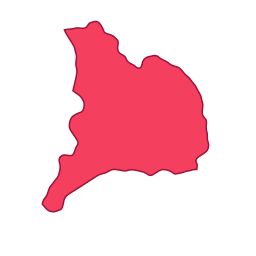 the district of Peralta, Azua, Dominican Republic, rotated 12°
{"feature_id": "3306468B32455006078349", "entity_name": "Peralta", "entity_type": "district", "adm_level": 2, "iso_a3": "DOM", "parent_name": "Dominican Republic", "parent_adm1": "Azua", "projection": "albers", "projection_center": [-70.778, 18.591], "detail": "fine", "context": "isolated", "style": "filled", "palette": "rose", "viewbox_px": 256, "rotation_deg": 12, "n_neighbors": 0, "source": "geoboundaries", "source_scale": "gbopen_adm2", "svg_char_len": 3193}
<svg xmlns="http://www.w3.org/2000/svg" viewBox="0 0 256 256"><g transform="rotate(12 128 128)"><path d="M203.9,154.3L203.6,151.2L203.3,149.7L202.8,148.5L201.8,147.2L201.3,146.1L201.3,144.8L201.4,144.1L202.1,142.7L203.1,141.4L208.1,136.4L209.7,134.3L210.3,132.7L210.6,131.1L210.6,129.5L210.4,127.9L209.9,126.4L208.2,123.1L207.7,121.6L207.0,118.4L206.6,116.9L204.7,112.7L204.3,111.2L203.7,106.5L203.3,105.1L202.7,103.8L202.2,103.3L200.1,101.7L199.1,100.7L198.2,99.6L197.6,98.2L197.1,95.8L196.6,90.9L196.0,88.6L194.3,85.3L193.3,83.1L192.6,81.6L191.0,79.6L187.6,75.7L184.9,72.5L182.8,70.9L177.5,66.4L176.1,65.5L172.6,63.6L168.0,60.0L166.5,59.1L165.8,58.7L164.2,58.2L162.6,58.0L158.5,57.6L156.2,57.0L152.1,55.1L150.5,54.7L146.6,53.7L145.2,53.2L142.6,51.9L141.2,51.5L139.6,51.5L138.1,51.8L132.8,54.3L132.1,54.7L130.9,55.7L129.9,56.8L129.5,57.5L128.9,58.9L128.6,60.5L128.4,64.2L128.1,65.5L127.9,66.1L127.4,66.7L126.8,67.1L126.1,67.3L125.5,67.3L124.1,67.1L121.1,65.6L119.6,65.1L116.6,64.3L115.1,63.7L113.8,62.9L112.7,61.9L110.6,59.2L110.1,58.8L108.9,58.2L105.5,57.1L104.8,56.8L103.5,56.0L102.5,54.9L102.1,54.3L101.5,52.9L101.1,51.3L100.7,46.7L100.2,45.3L99.9,44.7L99.4,44.2L98.2,43.4L95.2,41.6L93.8,41.0L92.2,40.6L87.5,40.1L86.1,39.7L85.4,39.4L84.8,39.0L84.3,38.5L82.3,35.5L80.1,33.0L78.2,31.4L76.8,30.7L75.2,30.4L73.6,30.6L72.3,31.2L68.5,33.4L66.4,37.8L65.5,38.9L64.9,39.3L64.2,39.6L62.6,40.0L58.4,40.5L56.7,40.9L52.6,42.7L48.7,43.9L45.4,45.2L46.9,47.3L48.6,49.3L56.0,56.9L58.3,59.5L59.2,60.9L60.5,63.8L61.9,66.5L62.5,67.9L63.0,70.2L63.4,74.3L63.8,76.8L64.3,78.2L65.9,81.6L66.4,84.1L66.6,86.8L66.7,90.3L66.4,103.0L70.3,104.8L73.3,106.0L75.2,107.2L77.0,108.8L78.6,110.6L79.5,111.9L80.1,113.4L80.4,115.0L80.6,117.4L80.3,119.8L79.8,121.2L79.3,121.8L78.8,122.2L75.9,124.1L74.1,125.5L72.4,127.1L71.4,128.3L70.6,129.7L70.1,131.3L69.9,132.9L69.8,135.4L70.0,137.1L70.3,138.7L70.6,139.5L71.4,140.9L72.5,142.2L73.6,143.5L79.1,148.7L80.7,150.4L81.6,151.6L82.0,152.3L82.2,153.0L82.3,153.7L82.3,154.3L81.1,158.2L80.5,162.8L80.2,164.3L79.6,165.6L79.1,166.1L78.5,166.6L77.0,167.1L72.1,167.5L70.5,167.9L69.8,168.2L68.7,169.1L67.8,170.3L67.4,170.9L67.2,172.5L67.3,174.0L67.8,175.3L69.1,177.9L69.8,180.4L70.0,182.1L70.1,184.9L69.9,188.4L69.6,190.2L69.0,191.7L67.2,195.0L66.0,197.9L64.6,200.5L63.9,201.9L63.4,204.5L62.9,208.9L62.6,210.7L62.0,212.2L60.8,214.9L60.3,216.4L60.1,218.0L59.9,220.2L64.2,223.5L66.1,224.7L67.6,225.3L69.2,225.6L71.7,225.6L73.3,225.2L75.3,224.2L78.9,221.9L79.4,221.4L79.7,220.8L80.2,219.4L80.4,217.0L80.4,212.1L80.8,209.7L81.4,208.1L82.8,206.0L85.2,203.5L93.9,195.0L105.6,183.3L108.1,180.9L109.4,179.8L110.8,178.9L115.0,176.7L116.2,175.8L119.8,172.9L121.1,172.1L121.8,171.8L123.4,171.3L125.0,171.1L130.9,170.9L133.4,170.7L134.9,170.3L135.6,170.0L139.0,168.4L140.6,168.0L143.0,167.7L148.1,167.7L152.4,167.9L154.7,168.4L157.9,169.6L158.6,169.7L159.2,169.7L159.9,169.6L160.6,169.4L161.9,168.6L163.0,167.5L167.3,163.4L168.5,162.5L169.9,161.7L170.8,161.4L172.5,161.1L174.3,161.0L176.1,161.1L178.7,161.5L180.1,162.0L181.8,162.8L182.8,163.1L183.3,163.1L184.3,163.0L189.9,160.6L193.8,158.3L196.8,157.1L200.1,155.4L201.5,154.8L203.9,154.3Z" fill="#f43f5e" stroke="#9f1239" stroke-width="1.5"/></g></svg>